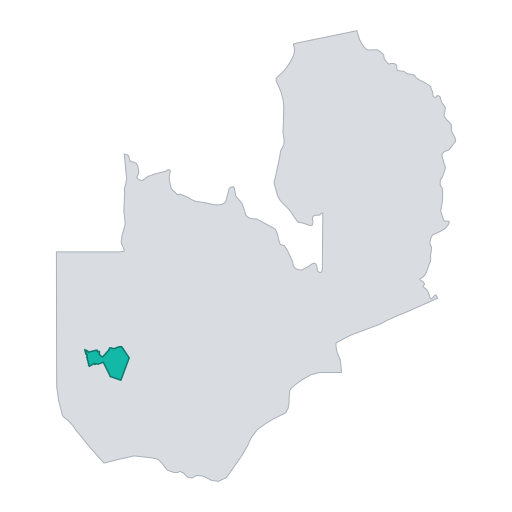 location of Mongu, Western, Zambia
{"feature_id": "96606910B8342530541372", "entity_name": "Mongu", "entity_type": "district", "adm_level": 2, "iso_a3": "ZMB", "parent_name": "Zambia", "parent_adm1": "Western", "projection": "equal_earth", "projection_center": [23.028, -15.443], "detail": "fine", "context": "in_parent", "style": "filled", "palette": "teal", "viewbox_px": 512, "rotation_deg": 0, "n_neighbors": 0, "source": "geoboundaries", "source_scale": "gbopen_adm2", "svg_char_len": 5996}
<svg xmlns="http://www.w3.org/2000/svg" viewBox="0 0 512 512"><path d="M341.5,372.5L319.0,372.6L310.7,374.9L303.9,378.6L295.9,384.2L291.2,388.2L289.9,390.4L289.2,395.2L289.1,402.6L288.2,408.0L285.7,412.9L273.5,418.8L265.5,423.7L257.6,429.4L251.6,436.9L247.5,446.0L240.7,457.3L226.5,477.5L218.4,481.3L211.6,480.4L203.4,476.2L196.9,475.4L192.0,478.0L187.5,477.2L183.5,473.0L180.1,471.4L177.3,472.6L173.7,472.4L167.2,470.1L161.7,462.9L158.6,459.9L156.3,458.7L149.6,457.6L134.1,455.9L118.1,459.5L104.0,463.1L89.7,447.1L75.9,430.1L72.9,425.7L67.7,420.0L64.0,417.3L62.5,415.8L58.7,400.7L56.7,386.7L56.4,251.9L119.9,251.9L124.0,251.3L124.1,249.8L121.2,242.6L121.4,240.0L122.1,235.1L125.0,225.3L125.1,222.1L123.9,211.4L124.0,205.4L124.7,193.3L124.3,189.2L125.8,183.8L126.3,180.2L126.9,178.7L126.2,174.5L124.9,160.2L124.2,154.1L128.0,155.0L129.3,158.0L130.0,161.2L131.7,161.4L136.3,163.3L137.8,166.0L138.8,171.8L138.2,174.7L136.7,177.1L138.2,179.2L141.2,180.6L143.0,180.2L148.1,176.3L152.8,174.8L155.2,173.8L165.8,171.2L167.9,169.8L169.3,169.8L170.4,170.9L169.4,175.0L169.1,178.6L170.4,185.5L171.3,188.7L173.5,191.0L175.1,192.2L176.9,194.6L180.5,194.2L188.6,197.7L191.0,199.3L194.4,200.9L196.8,201.5L205.1,202.7L213.8,204.7L218.4,204.9L221.6,204.4L223.8,203.4L225.2,202.3L225.9,201.3L229.2,188.3L230.9,187.3L233.1,186.6L234.4,187.8L235.7,196.0L242.0,203.4L244.2,209.6L245.7,214.9L247.1,216.4L249.5,218.2L253.3,218.8L256.7,219.0L273.7,228.1L275.6,229.7L277.6,234.6L278.8,240.0L280.2,244.3L282.4,245.1L284.3,245.5L286.2,248.4L287.7,251.0L292.6,261.6L293.3,265.9L295.7,268.7L299.0,269.9L302.1,270.0L303.9,268.8L308.3,266.6L311.7,264.1L314.1,263.2L315.6,263.7L316.7,265.5L317.4,270.8L319.8,272.6L321.6,271.9L322.3,269.8L322.3,268.7L322.8,213.1L321.3,213.5L319.3,215.1L314.8,215.3L313.0,216.4L312.4,218.2L312.8,220.5L312.8,223.7L312.2,225.2L310.2,225.7L307.3,224.5L302.1,222.9L297.8,222.0L294.8,217.8L290.6,211.5L287.9,208.3L281.3,201.7L280.2,200.4L278.2,197.3L276.5,192.1L274.9,186.1L274.0,182.2L275.6,176.3L279.7,157.0L280.6,150.9L283.9,144.8L284.1,139.3L282.9,132.3L283.2,128.4L283.8,106.2L283.0,99.2L280.8,91.4L276.1,80.6L276.1,78.3L283.5,71.3L285.8,68.6L289.7,62.9L292.3,58.1L294.0,54.1L294.6,49.0L293.3,44.2L295.9,43.2L357.0,30.7L357.8,34.1L359.6,39.6L361.7,43.6L364.3,47.2L366.5,49.4L368.0,50.0L377.4,49.8L380.7,52.0L383.6,54.7L384.3,59.0L386.3,61.6L388.3,63.7L389.2,64.0L390.8,63.5L393.3,63.4L395.6,64.3L396.7,65.3L396.8,68.8L397.5,70.4L400.7,71.0L403.9,71.3L407.0,73.7L410.3,74.2L414.2,75.1L416.1,77.7L420.2,80.4L425.2,82.8L430.8,86.7L430.9,87.9L431.8,90.3L432.8,91.9L432.8,94.4L433.3,96.6L434.7,97.2L435.9,97.4L437.0,95.7L438.5,95.8L440.1,96.8L440.7,99.4L441.9,102.9L444.0,105.4L445.3,107.7L444.8,111.9L443.9,115.8L446.6,119.6L450.2,123.2L451.2,124.8L451.5,130.2L452.0,132.0L454.4,136.5L455.6,139.5L455.5,141.2L448.7,150.1L444.6,151.4L442.8,153.2L441.7,155.1L444.2,163.9L445.6,167.3L444.4,171.5L441.7,178.6L440.4,179.2L440.1,184.6L440.9,186.6L442.2,188.1L442.7,191.8L442.5,200.8L440.7,211.1L443.6,220.1L444.6,221.1L448.7,221.2L449.4,221.9L448.4,224.5L445.4,228.4L440.1,231.5L432.5,234.9L430.9,238.1L429.8,242.8L430.6,245.6L431.6,247.2L431.2,251.3L430.5,255.7L430.7,259.1L430.3,262.1L429.3,263.6L427.9,268.2L426.2,272.7L424.9,274.8L423.0,277.0L419.9,278.8L420.0,279.7L423.3,281.9L424.2,283.3L424.5,284.3L423.0,286.6L424.6,288.0L426.5,289.2L428.2,292.2L430.2,298.0L430.6,298.6L431.2,298.6L432.3,298.0L434.4,295.7L435.9,294.9L437.7,298.2L405.9,312.3L398.5,315.2L387.4,320.2L383.8,322.1L380.8,323.9L351.4,334.9L346.8,337.1L336.3,342.8L336.0,343.7L336.0,346.2L336.9,351.5L338.7,356.4L340.1,359.1L341.0,366.2L341.5,372.5Z" fill="#d9dde1" stroke="#a8b0b8" stroke-width="1"/><path d="M89.4,366.3L90.4,365.7L93.6,363.8L94.1,363.5L94.2,363.4L94.3,363.4L94.5,363.4L94.7,363.5L94.7,363.8L94.7,364.0L94.8,364.1L94.8,364.3L94.9,364.5L95.0,364.5L95.1,364.4L95.1,364.2L95.1,363.9L95.1,363.7L95.3,363.8L98.4,364.1L103.3,362.2L106.1,367.8L106.7,369.2L107.5,370.7L109.8,375.4L110.3,376.6L110.8,376.7L118.3,379.3L120.8,380.2L121.2,379.3L123.9,372.1L126.1,366.2L128.5,359.7L129.2,357.9L123.9,350.0L122.2,347.5L121.7,346.8L121.2,346.7L120.3,346.6L120.2,346.6L119.9,346.6L119.6,346.7L119.4,346.8L119.2,346.9L118.8,347.0L118.5,347.1L118.1,347.2L117.5,347.3L117.4,347.4L116.8,347.5L116.7,347.5L116.1,347.9L115.5,348.3L115.2,348.5L114.7,348.5L112.6,348.4L111.1,347.9L110.0,347.8L109.7,348.0L109.3,348.6L108.8,350.1L108.4,350.6L107.7,351.3L106.5,352.5L106.3,352.9L105.3,354.0L105.1,354.3L104.0,355.3L103.0,356.5L102.5,356.8L101.9,356.8L100.0,355.0L99.4,354.4L99.4,351.7L99.3,351.4L99.1,351.4L97.8,351.8L97.4,351.6L97.2,350.5L97.1,350.2L96.6,350.2L96.1,350.2L93.1,351.0L89.0,352.0L88.9,352.0L88.9,352.3L88.7,352.4L88.6,352.1L88.5,351.9L88.4,351.9L88.2,351.9L88.1,352.0L87.9,352.0L87.9,351.9L87.9,351.7L87.9,351.4L87.7,351.2L87.4,351.2L87.3,350.9L87.2,350.8L87.0,350.7L86.9,350.7L86.7,350.7L86.6,350.4L86.4,350.2L86.2,350.2L86.1,350.3L85.9,350.4L85.7,350.3L85.5,350.2L85.4,350.2L85.2,350.1L85.0,349.9L84.9,349.8L84.8,350.0L84.8,350.3L84.9,350.5L85.0,350.6L85.0,350.8L85.2,351.0L85.2,351.3L85.3,351.4L85.3,351.5L85.2,351.6L85.3,351.9L85.3,352.0L85.4,352.3L85.5,352.3L85.5,352.5L85.7,352.8L85.8,353.0L85.9,353.3L85.8,353.5L85.9,353.8L85.8,354.0L86.0,354.2L86.3,354.2L86.5,354.1L86.6,354.3L86.7,354.5L86.8,354.8L86.8,355.0L87.0,354.9L87.1,355.0L87.2,355.3L87.1,355.6L87.0,355.8L87.1,356.1L87.1,356.3L87.1,356.5L87.1,356.8L87.1,357.0L87.1,357.3L86.9,357.4L87.0,357.5L87.2,357.8L87.3,357.9L87.3,358.0L87.3,358.3L87.2,358.6L87.3,358.7L87.3,358.8L87.3,359.0L87.4,359.3L87.3,359.5L87.4,359.8L87.5,359.8L87.5,360.0L87.6,360.3L87.7,360.5L87.8,360.6L87.9,360.8L87.9,361.1L88.0,361.2L88.1,361.3L88.1,361.6L88.1,361.8L88.2,362.1L88.1,362.3L88.1,362.5L88.1,362.8L88.3,363.0L88.4,363.3L88.5,363.4L88.6,363.5L88.7,363.8L88.7,364.0L88.8,364.1L88.8,364.3L88.8,364.5L88.8,364.8L88.9,365.0L88.9,365.3L88.9,365.5L89.0,365.6L89.3,365.8L89.3,366.0L89.2,366.0L89.3,366.1L89.4,366.3L89.4,366.3Z" fill="#14b8a6" stroke="#0f766e" stroke-width="1.5"/></svg>